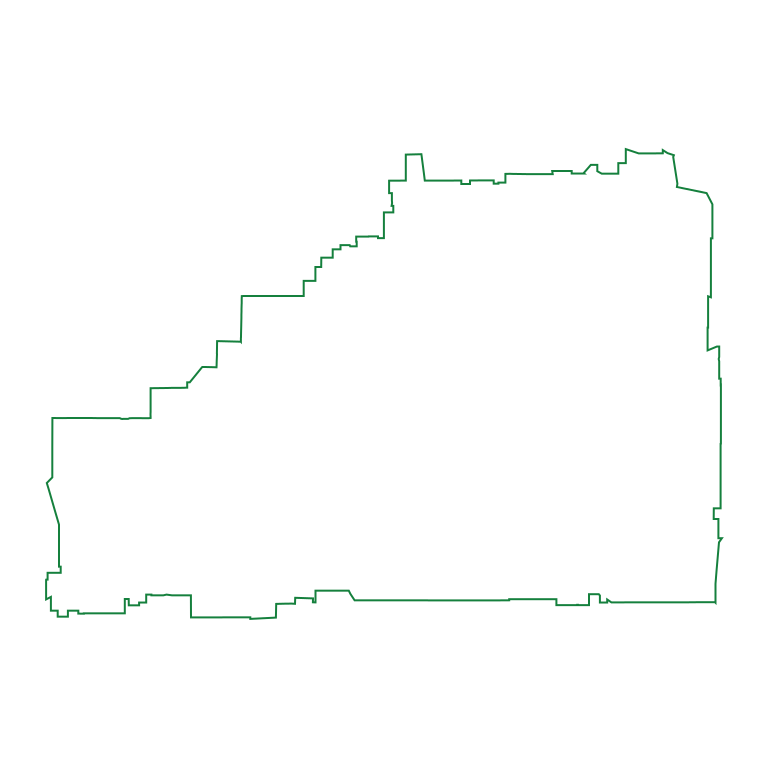 Katanning, Western Australia, Australia (Equal Earth projection)
{"feature_id": "25037944B94110641032660", "entity_name": "Katanning", "entity_type": "district", "adm_level": 2, "iso_a3": "AUS", "parent_name": "Australia", "parent_adm1": "Western Australia", "projection": "equal_earth", "projection_center": [117.615, -33.625], "detail": "fine", "context": "isolated", "style": "outline", "palette": "green", "viewbox_px": 768, "rotation_deg": 0, "n_neighbors": 0, "source": "geoboundaries", "source_scale": "gbopen_adm2", "svg_char_len": 4146}
<svg xmlns="http://www.w3.org/2000/svg" viewBox="0 0 768 768"><path d="M674.3,602.3L689.0,602.3L699.2,602.2L715.0,602.2L715.5,602.7L715.5,583.8L716.6,570.0L716.9,566.6L719.0,542.3L721.9,538.2L718.4,538.2L718.4,519.0L713.7,519.0L713.7,518.8L713.7,518.7L713.8,508.3L720.6,508.3L720.6,508.0L720.6,473.4L720.6,467.5L720.6,443.8L720.9,443.7L720.9,392.4L720.9,385.4L720.9,384.9L720.7,385.0L720.7,384.9L720.7,378.7L719.2,378.7L719.2,361.3L718.7,359.0L719.2,357.0L719.2,346.5L717.0,346.5L707.6,350.4L707.6,350.1L707.6,327.6L708.1,327.6L708.1,296.3L710.9,297.3L710.9,238.5L710.9,238.3L712.4,238.3L712.4,204.3L706.6,193.1L676.9,187.0L677.4,183.7L673.2,156.9L673.8,155.5L673.9,155.2L667.5,153.1L662.8,150.1L662.8,153.3L652.9,153.4L638.7,153.4L625.8,149.1L625.8,163.1L621.8,163.1L618.3,163.1L618.3,173.7L601.8,173.7L597.3,171.2L597.3,164.9L591.2,164.9L590.8,164.9L583.6,173.2L584.0,173.5L571.7,173.5L571.7,171.0L562.2,171.0L552.2,171.0L552.7,174.1L529.5,174.1L526.1,174.1L512.4,173.9L510.0,173.8L505.4,173.9L505.4,182.6L498.4,182.6L498.4,183.7L493.7,183.7L493.7,180.4L481.8,180.4L470.0,180.5L470.0,184.0L467.4,184.0L461.3,184.0L461.3,180.5L449.7,180.6L449.2,180.6L441.2,180.6L424.8,180.6L423.8,172.6L421.4,154.2L405.8,154.6L405.8,180.6L389.1,180.7L389.1,192.9L389.1,193.1L391.9,193.1L391.9,200.7L392.1,203.1L391.6,205.9L393.3,205.9L393.3,212.4L383.9,212.4L383.9,226.5L383.9,238.1L378.0,238.1L378.0,236.4L368.6,236.4L368.5,236.6L368.4,236.6L356.2,236.6L356.2,241.7L356.7,241.7L356.7,246.3L350.2,246.3L349.7,245.1L340.5,245.1L340.5,249.3L332.7,249.3L332.7,257.7L321.3,257.7L321.2,267.0L315.4,267.0L315.4,280.9L303.7,280.9L303.7,295.7L303.7,296.0L301.0,296.0L298.7,296.0L293.0,296.0L290.2,296.0L287.3,296.0L284.3,296.0L280.7,296.0L278.0,296.0L275.2,296.0L271.7,296.0L267.4,296.0L263.4,296.0L258.4,296.0L254.2,296.0L251.9,296.0L248.9,296.0L245.6,296.0L243.7,296.0L241.8,296.1L241.7,298.8L241.7,303.2L241.6,305.0L241.6,305.5L241.5,309.1L241.5,311.7L241.4,314.9L241.4,318.0L241.3,322.4L241.2,327.2L241.1,331.1L241.0,335.8L241.0,337.0L241.0,337.4L240.9,337.8L240.9,338.2L240.9,338.5L240.9,339.7L240.9,340.8L240.9,341.8L240.8,341.7L217.3,341.1L217.1,341.1L216.9,353.7L217.0,353.9L216.7,361.4L216.6,365.3L216.5,367.3L213.6,367.2L205.3,367.0L204.5,367.0L202.3,367.0L201.8,367.5L189.8,382.3L187.2,382.3L187.2,383.9L187.2,387.7L185.6,387.7L184.0,387.8L176.5,387.9L173.5,387.9L172.0,387.9L171.0,387.9L167.4,388.0L150.6,388.2L150.6,394.7L150.6,397.3L150.6,401.4L150.6,404.9L150.6,411.9L150.5,414.2L150.6,417.0L150.6,417.8L150.6,418.0L148.7,418.2L145.5,418.2L134.0,418.1L130.1,418.2L129.8,418.2L129.7,418.2L129.4,418.3L128.7,418.6L128.3,418.8L128.0,418.9L127.4,418.9L126.1,418.9L123.0,418.9L122.3,419.0L121.9,418.9L121.5,418.9L120.9,418.7L120.3,418.4L119.9,418.2L119.7,418.1L119.4,418.1L119.1,418.1L116.0,418.1L112.5,418.1L110.9,418.1L108.5,418.1L103.7,418.1L100.5,418.1L96.5,418.1L90.7,418.0L86.0,418.0L82.6,418.0L79.5,418.0L72.7,418.0L68.8,418.0L62.3,418.1L52.4,418.0L52.3,447.5L52.3,453.6L52.3,459.4L52.3,477.4L46.8,483.0L48.6,488.9L55.5,512.7L59.0,524.6L59.0,544.9L59.0,566.7L60.7,566.7L60.7,572.8L47.6,572.8L47.6,579.6L46.2,579.6L46.1,579.8L46.1,599.4L50.9,596.9L50.9,597.0L50.9,610.7L57.7,610.7L57.7,616.7L67.9,616.7L67.9,610.7L78.3,610.7L78.3,613.6L83.8,613.7L83.8,613.3L103.4,613.3L124.8,613.3L124.8,599.0L128.7,599.0L128.8,605.3L139.1,605.3L139.1,602.5L146.2,602.5L146.2,594.6L151.4,594.6L151.4,595.3L163.5,595.3L166.5,594.6L171.7,595.3L190.9,595.3L191.0,617.4L212.4,617.4L243.2,617.3L250.3,617.3L250.3,618.9L275.9,617.6L276.2,603.9L284.4,603.7L291.6,603.6L295.0,603.8L295.2,597.8L313.0,598.4L312.9,602.3L315.5,602.4L315.5,590.7L348.8,590.7L348.9,590.9L350.4,593.9L354.6,600.3L377.0,600.3L395.9,600.3L414.9,600.3L434.1,600.4L469.5,600.4L485.7,600.4L496.3,600.4L509.2,600.3L509.2,599.2L509.3,599.2L523.4,599.2L524.4,599.2L529.2,599.2L539.5,599.2L540.9,599.2L548.4,599.2L556.4,599.2L556.4,605.1L577.2,605.1L577.2,604.8L577.9,604.8L577.9,605.1L587.1,605.1L589.0,605.1L589.0,594.2L598.8,594.2L599.9,595.5L599.9,602.5L607.2,602.5L607.2,599.5L611.4,602.4L618.4,602.4L618.6,602.4L636.4,602.3L663.2,602.3L674.3,602.3Z" fill="none" stroke="#15803d" stroke-width="2"/></svg>